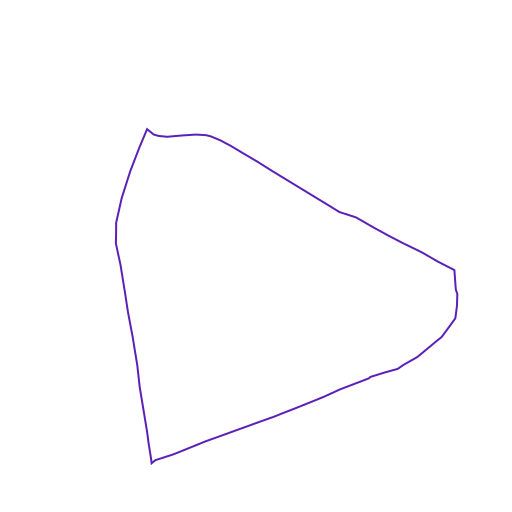 the district of Jean Baptiste, Anse-la-Raye, Saint Lucia, rotated 337°
{"feature_id": "8701671B12563091717165", "entity_name": "Jean Baptiste", "entity_type": "district", "adm_level": 2, "iso_a3": "LCA", "parent_name": "Saint Lucia", "parent_adm1": "Anse-la-Raye", "projection": "natural_earth1", "projection_center": [-61.016, 13.948], "detail": "fine", "context": "isolated", "style": "outline", "palette": "violet", "viewbox_px": 512, "rotation_deg": 337, "n_neighbors": 0, "source": "geoboundaries", "source_scale": "gbopen_adm2", "svg_char_len": 1176}
<svg xmlns="http://www.w3.org/2000/svg" viewBox="0 0 512 512"><g transform="rotate(337 256 256)"><path d="M311.9,412.7L314.2,412.0L320.7,412.7L328.8,413.5L337.9,414.7L342.4,415.3L348.7,413.9L365.1,412.0L389.8,404.6L393.2,403.7L395.2,403.1L404.6,397.6L409.2,394.8L415.1,391.3L418.3,385.9L421.4,380.6L426.5,369.6L426.8,365.0L433.1,346.5L420.8,331.7L414.5,323.3L410.3,317.7L396.1,301.4L385.7,288.8L377.5,278.4L374.9,275.1L363.2,259.6L349.9,248.1L345.2,241.4L304.1,184.1L294.6,170.4L284.2,156.3L275.6,144.5L272.8,141.1L268.4,135.6L263.9,131.0L261.0,128.1L257.3,125.3L250.3,121.8L247.2,120.4L234.5,116.0L227.2,113.6L220.9,111.6L213.4,107.5L212.1,106.5L209.3,104.2L207.3,100.5L205.3,96.7L191.1,110.5L173.5,128.7L155.0,150.2L140.3,170.7L139.7,172.1L136.5,179.5L133.2,186.9L131.9,189.8L127.8,211.3L122.1,234.4L120.4,241.3L116.3,257.3L113.9,268.2L110.7,283.0L107.7,295.1L104.0,310.3L97.8,331.0L87.3,374.3L86.5,377.3L84.0,386.3L83.6,387.9L80.1,402.0L78.9,406.0L81.3,405.3L83.7,404.6L102.3,406.3L107.4,406.4L136.9,406.9L145.9,407.4L169.9,408.7L194.1,410.0L210.8,411.0L218.0,411.1L235.0,411.6L263.1,412.1L281.3,411.6L311.9,412.7Z" fill="none" stroke="#5b21b6" stroke-width="2"/></g></svg>